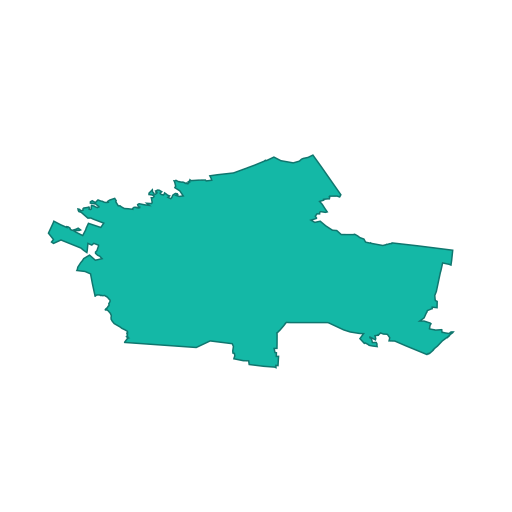 outline of Umurgas pag., Limbaži, Latvia, rotated 191°
{"feature_id": "27541924B87093232945567", "entity_name": "Umurgas pag.", "entity_type": "district", "adm_level": 2, "iso_a3": "LVA", "parent_name": "Latvia", "parent_adm1": "Limbaži", "projection": "natural_earth1", "projection_center": [24.943, 57.497], "detail": "fine", "context": "isolated", "style": "filled", "palette": "teal", "viewbox_px": 512, "rotation_deg": 191, "n_neighbors": 0, "source": "geoboundaries", "source_scale": "gbopen_adm2", "svg_char_len": 6038}
<svg xmlns="http://www.w3.org/2000/svg" viewBox="0 0 512 512"><g transform="rotate(191 256 256)"><path d="M447.3,248.7L447.1,247.9L453.7,249.4L461.1,251.6L461.4,249.7L464.1,238.8L458.7,234.2L458.0,233.5L459.4,230.7L457.2,229.7L450.5,234.5L429.4,230.4L426.5,228.8L422.7,227.1L422.7,229.1L423.4,236.3L419.3,235.4L417.6,237.5L412.7,236.6L412.5,235.6L413.0,232.3L413.1,231.0L414.3,229.2L414.0,228.0L411.7,226.6L410.9,226.3L409.5,226.1L406.6,224.0L412.9,221.2L419.6,225.1L424.6,220.6L425.7,217.9L426.8,216.0L428.8,211.0L428.8,208.8L429.1,207.6L420.9,208.2L415.0,206.9L411.1,197.1L406.3,185.9L406.0,186.0L405.5,187.0L404.0,187.6L402.2,187.9L401.0,187.6L400.9,187.8L400.3,187.7L400.1,187.9L398.8,187.8L397.1,188.4L395.7,187.8L394.8,187.7L394.6,187.4L393.6,187.0L392.6,186.0L392.3,185.9L391.7,185.4L391.4,185.3L390.8,184.7L390.6,183.9L390.7,183.1L391.4,181.1L391.0,180.1L390.9,179.2L391.6,178.4L392.0,177.1L392.4,176.6L392.4,176.2L392.8,176.0L393.4,175.3L393.7,174.6L393.5,174.3L393.2,174.3L392.0,174.6L391.2,174.3L390.4,173.8L388.0,171.9L386.8,170.1L386.6,169.6L386.5,167.5L386.2,166.8L386.2,166.4L384.7,164.6L382.3,162.6L375.9,160.4L373.9,159.4L370.5,158.5L368.0,157.6L367.7,157.2L367.7,156.7L367.3,156.0L367.5,155.8L367.9,155.8L368.1,155.6L367.4,154.6L367.5,154.5L367.4,154.2L367.1,154.0L367.3,153.4L367.1,153.2L367.2,152.7L366.8,152.5L366.7,152.4L367.5,152.0L366.9,151.6L365.7,151.2L366.5,150.8L366.5,150.5L366.4,150.3L367.0,149.4L368.5,146.3L368.4,146.1L297.2,154.8L284.8,163.9L262.6,165.4L260.9,162.9L260.7,158.4L260.1,156.3L258.6,156.3L258.3,155.2L257.7,153.9L258.0,152.3L258.1,150.9L248.6,150.8L243.2,151.7L242.0,148.2L227.3,149.2L216.5,150.5L215.1,150.2L215.6,152.4L213.5,152.6L214.7,161.8L216.9,161.3L217.5,164.9L219.0,164.9L220.6,168.7L217.8,169.3L218.5,173.3L220.3,182.8L220.8,184.3L220.6,184.3L219.1,186.9L218.8,187.0L215.5,192.8L214.3,195.2L214.4,195.3L213.5,196.6L208.9,197.3L172.9,204.3L171.7,204.2L155.8,200.2L149.1,199.4L139.8,199.7L135.6,200.3L138.2,194.7L133.0,190.9L132.3,191.5L129.2,190.6L127.9,189.9L124.4,189.9L119.8,190.2L120.1,190.8L120.5,192.8L120.8,193.2L121.6,194.1L125.2,193.2L127.0,197.0L128.6,197.5L128.6,198.2L122.8,196.5L122.8,197.0L122.7,197.6L122.8,198.0L124.0,200.5L120.9,201.5L121.1,202.1L120.3,202.4L119.1,204.2L116.0,203.7L113.3,204.1L112.0,204.1L109.1,201.3L109.2,198.1L103.5,199.0L92.2,196.5L69.4,191.9L68.5,193.1L67.9,192.8L67.3,193.6L67.0,193.5L64.1,197.3L63.8,197.9L64.0,198.0L62.7,199.8L60.7,202.2L56.9,208.2L53.2,212.3L52.8,212.2L51.7,213.6L52.0,213.6L48.6,218.2L48.4,218.1L47.9,219.1L49.8,218.7L50.5,218.3L51.2,217.2L52.1,216.7L55.7,216.6L57.9,216.7L58.7,216.5L59.4,218.1L59.5,219.0L59.8,219.1L66.0,217.4L66.4,217.6L71.3,217.5L71.9,217.7L71.8,218.2L72.0,221.0L71.3,222.9L72.2,223.4L78.5,224.2L82.9,223.4L79.2,227.3L77.9,232.8L77.6,233.2L77.4,235.1L73.5,237.7L73.0,237.9L73.3,239.4L68.4,239.8L69.4,245.5L69.5,246.0L71.4,246.5L71.9,247.6L73.0,251.4L72.2,255.6L71.9,274.8L71.7,276.8L71.5,284.8L64.9,284.7L62.9,284.3L63.1,288.8L64.0,299.2L98.5,296.9L125.0,294.8L125.2,294.1L127.1,293.6L129.3,292.4L129.8,292.5L131.3,291.4L131.6,291.4L133.5,290.5L145.2,290.4L146.0,290.8L146.3,290.4L150.9,290.5L151.5,291.0L153.3,293.2L157.6,293.9L160.0,295.1L162.7,296.0L163.7,296.1L163.9,295.7L176.4,293.3L181.6,296.4L185.8,295.9L186.9,296.3L193.3,298.9L199.6,302.4L204.7,300.2L208.9,301.7L203.9,304.4L203.8,304.8L205.4,306.4L204.1,309.1L201.6,309.5L201.8,311.0L201.0,311.9L196.1,312.1L194.5,312.9L197.2,315.5L200.9,319.4L204.0,321.7L200.2,323.7L200.5,324.5L196.8,325.7L194.9,326.1L194.9,327.7L195.4,328.2L195.1,328.8L187.8,330.3L185.2,329.9L185.1,330.0L184.4,332.3L209.2,356.3L219.4,365.9L223.7,362.7L228.2,360.8L229.8,359.7L231.5,357.4L237.2,354.5L249.8,354.3L257.3,356.5L263.7,351.8L264.1,351.6L264.7,351.7L264.8,351.8L265.1,351.7L265.3,351.5L265.1,351.3L265.2,351.2L274.7,344.9L294.0,333.2L309.4,328.4L316.6,325.9L314.6,323.3L314.6,323.1L313.9,321.9L319.2,320.2L320.2,320.9L326.8,319.5L334.1,317.6L335.2,318.1L335.1,317.6L335.2,317.4L335.5,317.4L335.5,316.8L335.8,316.6L335.5,316.6L335.2,316.1L335.8,315.9L335.7,315.6L335.7,315.4L336.1,315.3L336.1,315.1L336.5,314.9L336.3,314.8L336.8,314.3L336.5,314.2L336.6,313.9L337.2,313.9L337.5,314.3L337.8,314.5L338.0,314.2L338.5,314.1L338.3,313.9L338.6,313.8L338.9,314.1L339.4,314.0L339.8,314.2L340.0,314.1L340.5,314.4L341.7,314.6L341.9,314.4L342.7,314.5L343.3,314.2L344.4,314.3L345.2,314.2L345.6,314.4L346.3,314.2L349.0,315.0L350.3,314.1L350.7,314.1L349.7,312.6L348.4,309.7L348.2,309.0L348.3,308.9L348.7,307.6L343.2,305.4L338.9,301.1L342.7,299.8L346.0,300.2L344.5,301.3L345.2,302.1L347.1,302.0L349.1,300.1L349.4,299.4L349.8,297.4L350.6,296.0L353.7,296.8L352.3,298.5L354.5,298.9L355.7,299.6L357.8,300.5L358.0,299.2L358.4,298.3L360.8,298.3L362.2,299.4L360.8,301.1L363.5,302.1L365.1,302.0L366.9,300.7L366.0,300.2L366.5,299.6L365.2,299.1L366.7,297.3L368.1,297.5L368.6,298.4L369.7,299.1L370.4,301.2L373.0,297.3L372.8,295.9L370.0,296.1L367.8,295.8L367.4,294.8L368.5,293.4L369.9,293.2L368.4,289.5L368.1,288.6L368.4,288.0L368.8,287.5L373.3,286.9L370.4,285.3L374.5,285.0L380.7,285.0L382.0,283.9L380.9,281.8L379.5,281.9L379.4,281.2L380.6,280.7L382.7,280.6L383.0,281.0L385.0,280.5L386.2,279.1L385.9,278.3L390.5,278.0L394.3,277.5L397.7,278.6L399.0,279.3L400.8,279.0L404.0,282.5L403.8,283.6L405.7,285.6L410.3,283.0L412.0,281.3L411.3,280.5L413.3,279.9L415.2,279.8L417.3,280.4L418.7,280.3L421.8,280.9L423.9,277.8L427.3,279.0L428.9,277.6L428.7,276.3L423.2,276.5L419.8,274.5L419.0,274.6L421.0,273.2L423.2,273.6L424.2,274.1L427.1,274.3L427.0,271.9L426.6,271.0L426.8,270.6L427.3,270.0L428.8,270.1L428.8,271.4L429.4,272.2L430.4,271.6L434.3,270.2L434.8,269.5L434.6,267.8L436.7,267.0L438.0,268.1L439.7,268.2L439.1,266.7L438.3,265.8L435.9,265.5L428.3,261.1L425.3,261.8L423.1,261.2L411.7,259.2L413.8,254.4L426.7,256.1L428.0,250.9L428.1,249.4L430.0,243.0L437.3,245.0L439.0,245.7L438.1,246.4L436.9,246.9L436.5,246.8L434.3,247.4L433.2,248.1L435.9,249.4L437.7,248.0L441.3,246.1L443.1,246.6L443.8,247.4L443.8,247.8L445.8,248.7L447.3,248.7Z" fill="#14b8a6" stroke="#0f766e" stroke-width="1.5"/></g></svg>